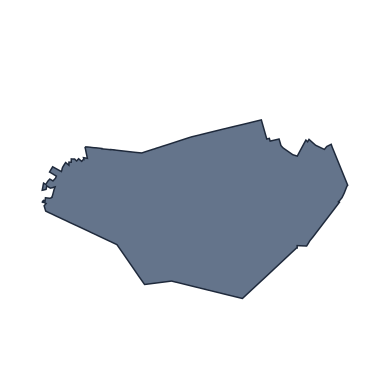 Tlahualilo, Durango, Mexico (Albers equal-area conic projection), rotated 116°
{"feature_id": "50627088B18924906437301", "entity_name": "Tlahualilo", "entity_type": "district", "adm_level": 2, "iso_a3": "MEX", "parent_name": "Mexico", "parent_adm1": "Durango", "projection": "albers", "projection_center": [-103.583, 26.292], "detail": "fine", "context": "isolated", "style": "filled", "palette": "slate", "viewbox_px": 384, "rotation_deg": 116, "n_neighbors": 0, "source": "geoboundaries", "source_scale": "gbopen_adm2", "svg_char_len": 2818}
<svg xmlns="http://www.w3.org/2000/svg" viewBox="0 0 384 384"><g transform="rotate(116 192 192)"><path d="M179.5,63.6L142.7,56.2L136.6,55.0L136.6,56.1L136.0,55.9L135.2,55.6L134.4,55.4L131.3,54.7L126.2,54.7L119.0,55.3L117.7,55.0L114.9,58.1L92.7,82.9L90.3,85.6L88.1,87.8L92.0,90.8L95.7,91.7L95.8,101.4L94.3,106.8L93.4,109.9L96.2,110.1L95.4,112.4L99.7,112.6L109.7,113.0L113.6,113.1L114.3,117.8L112.5,129.2L112.2,130.2L111.2,132.5L109.8,133.7L107.4,135.9L106.2,137.0L107.3,138.3L112.0,144.1L109.9,146.0L111.6,148.0L109.3,150.1L96.9,161.2L96.8,161.3L103.2,169.0L105.3,171.5L111.8,179.4L113.9,182.0L122.4,192.3L130.9,202.5L140.6,214.1L142.4,216.3L143.5,217.5L145.3,219.4L148.0,222.2L157.9,232.4L160.6,235.2L163.8,238.6L164.2,239.0L165.5,240.3L167.3,242.2L167.7,242.7L168.0,243.0L168.9,243.9L169.2,244.1L171.0,246.1L172.0,247.1L174.0,249.2L176.4,251.7L176.5,251.8L177.8,253.1L178.5,253.8L178.8,254.2L179.0,254.4L181.5,261.1L188.3,280.3L188.2,280.3L189.5,283.8L189.7,283.7L190.6,286.3L192.5,291.3L192.7,292.0L192.4,292.1L194.2,297.2L195.3,299.9L195.8,301.3L196.2,302.5L196.3,302.9L196.5,303.4L197.3,305.6L197.6,306.3L197.7,306.2L197.9,306.6L198.4,308.0L198.4,307.9L199.0,307.5L199.2,307.3L199.3,307.3L199.7,306.9L199.8,306.8L201.3,305.7L207.6,300.8L207.9,301.8L208.7,304.6L210.0,303.6L210.0,303.8L210.5,303.9L211.0,304.1L212.8,304.6L211.8,308.5L214.5,309.2L214.7,309.3L214.2,311.0L213.9,311.7L213.8,311.9L214.1,312.5L215.1,314.7L215.2,315.0L218.2,313.6L218.7,314.7L219.1,315.7L221.9,314.4L220.9,318.5L224.0,318.9L226.3,319.1L227.7,319.0L228.7,318.7L229.3,318.6L230.9,318.4L230.4,328.3L233.9,328.6L236.5,328.8L237.2,320.9L237.6,320.9L239.3,320.7L243.0,321.8L242.7,325.5L245.4,326.3L249.3,326.7L249.1,329.3L251.4,328.7L252.7,328.3L256.1,327.4L255.3,326.3L253.6,324.3L250.2,325.2L250.6,321.0L249.1,319.0L248.9,319.0L247.4,317.3L249.6,317.1L250.5,317.0L253.4,316.4L255.5,316.0L257.3,315.7L257.5,315.7L257.8,315.7L257.9,315.8L258.0,315.8L258.3,315.8L258.5,315.8L258.5,315.7L258.7,315.8L258.9,316.0L259.0,316.1L259.3,316.3L259.6,316.7L259.9,316.9L260.0,317.1L260.7,319.1L261.4,321.2L264.6,320.1L264.5,321.6L264.9,321.7L265.3,321.7L265.4,322.0L265.7,322.2L266.7,322.1L266.7,321.3L266.2,320.8L266.3,319.6L266.3,318.7L266.3,318.3L266.3,318.1L268.7,318.7L269.2,318.9L271.5,316.8L273.3,315.1L273.3,313.2L273.3,311.3L273.2,308.2L273.2,305.1L273.2,303.2L273.1,299.6L273.1,296.8L273.0,293.3L273.0,290.2L273.0,288.8L272.7,274.5L272.7,273.4L272.6,267.7L272.6,266.9L272.6,264.9L272.4,250.5L272.2,236.4L277.4,227.1L286.8,210.4L290.9,203.2L295.9,194.1L295.4,193.3L281.0,171.3L280.8,170.3L280.1,167.0L280.0,166.8L277.9,157.0L275.9,147.6L268.7,114.2L265.6,100.0L254.6,95.8L235.5,88.4L203.5,76.2L198.6,74.3L196.0,73.3L196.0,73.0L194.1,74.0L190.3,65.3L187.7,65.0L184.0,64.7L179.5,63.6Z" fill="#64748b" stroke="#1e293b" stroke-width="1.5"/></g></svg>